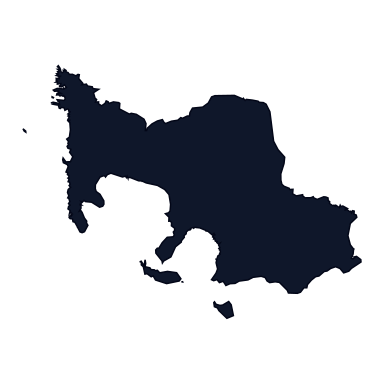 Batangas, Batangas, Philippines (Mercator projection)
{"feature_id": "2640588B63294043497895", "entity_name": "Batangas", "entity_type": "district", "adm_level": 2, "iso_a3": "PHL", "parent_name": "Philippines", "parent_adm1": "Batangas", "projection": "mercator", "projection_center": [120.815, 13.883], "detail": "fine", "context": "isolated", "style": "filled", "palette": "ink", "viewbox_px": 384, "rotation_deg": 0, "n_neighbors": 0, "source": "geoboundaries", "source_scale": "gbopen_adm2", "svg_char_len": 5831}
<svg xmlns="http://www.w3.org/2000/svg" viewBox="0 0 384 384"><path d="M68.1,72.6L66.0,71.9L66.1,70.5L64.6,69.5L64.9,70.5L63.3,70.3L63.7,71.7L62.2,72.7L60.9,71.7L60.4,69.2L57.6,69.3L59.0,70.4L58.7,71.7L57.7,71.7L58.6,73.0L56.7,73.7L57.9,74.5L56.3,75.5L60.0,76.2L58.6,77.0L59.4,77.5L59.2,78.8L56.2,78.4L56.5,80.1L55.6,80.3L57.0,80.4L57.1,81.2L55.9,82.1L57.4,82.0L57.3,84.1L60.9,83.6L60.7,85.5L58.9,86.1L59.9,86.1L59.7,86.7L61.9,86.9L64.4,84.8L66.4,87.5L64.3,88.7L63.8,88.1L63.7,89.0L57.2,88.4L53.3,90.1L54.5,91.3L58.5,91.0L58.1,91.9L60.6,93.2L57.0,93.5L56.6,95.0L58.5,94.8L60.0,96.0L61.3,95.4L63.0,96.2L63.2,95.5L63.4,95.5L64.7,96.6L65.2,99.1L64.1,100.4L57.1,99.7L58.0,101.3L59.3,101.6L59.4,103.5L53.1,102.2L50.9,103.0L53.8,102.9L54.5,103.9L53.4,104.3L57.1,105.0L60.4,104.5L58.3,105.3L59.3,108.3L60.5,108.5L61.2,107.4L64.1,107.8L64.9,110.3L67.6,108.9L68.7,109.6L68.6,111.0L70.0,111.9L67.9,114.0L69.3,114.6L68.0,116.0L69.4,116.6L67.6,120.2L68.4,121.3L68.9,120.4L69.5,120.4L68.6,121.5L69.8,122.3L70.4,129.8L69.4,137.1L66.7,139.1L68.5,141.6L67.9,143.5L68.6,144.6L67.1,146.3L67.9,148.2L70.9,149.3L69.6,152.3L72.8,156.7L70.4,161.7L65.9,161.9L63.1,158.0L62.7,159.8L63.4,162.7L67.3,164.6L68.2,166.7L66.0,172.0L67.7,172.7L67.4,174.6L68.9,175.7L68.8,177.5L67.9,178.1L69.1,179.0L68.1,181.7L69.5,182.2L70.1,184.2L69.1,185.6L70.6,187.2L68.2,189.5L67.5,192.4L68.8,195.8L67.7,197.9L68.8,198.4L69.8,201.6L68.5,203.7L70.0,205.1L68.6,206.4L68.0,208.9L70.1,210.5L69.4,213.9L71.0,212.5L72.4,214.0L71.0,214.9L71.7,215.5L71.0,216.2L69.4,215.9L69.1,217.5L70.2,218.7L72.5,218.9L73.0,221.7L74.9,222.3L77.6,227.2L77.0,227.7L77.7,227.4L80.0,231.9L82.1,232.7L84.5,231.7L87.9,225.3L86.5,223.0L86.7,221.1L84.4,218.0L82.1,212.4L80.6,210.3L79.5,210.9L81.0,208.2L80.9,205.3L79.4,204.4L81.3,204.8L80.4,204.0L82.0,202.5L81.1,201.5L82.7,201.8L84.0,200.4L85.4,201.6L91.6,202.2L99.6,207.2L102.7,206.2L103.9,204.2L103.8,200.8L100.0,194.3L96.2,191.5L95.3,188.7L95.4,184.6L100.0,177.1L103.3,175.8L105.0,176.1L104.8,176.1L105.2,176.4L105.5,177.0L107.4,174.6L110.9,173.2L122.5,177.0L125.4,176.2L126.4,177.6L127.1,176.1L128.0,178.3L128.1,177.5L130.2,177.5L138.6,180.8L142.0,180.9L142.2,182.0L142.2,181.1L146.1,182.9L157.5,185.4L164.7,189.5L169.0,194.6L170.6,204.4L170.1,210.8L168.6,212.8L165.4,213.7L169.0,217.2L168.8,221.2L170.1,221.1L171.6,222.5L171.4,225.8L174.6,228.2L174.6,230.5L173.3,232.0L174.3,235.1L173.1,236.8L167.2,237.3L162.2,242.7L158.9,248.2L157.3,248.2L155.7,250.0L155.9,253.2L162.0,260.9L162.4,263.0L163.7,261.0L170.9,256.9L175.5,246.8L181.3,242.1L181.4,240.8L184.3,237.3L184.0,235.6L186.1,233.9L186.4,231.8L188.5,230.0L189.9,230.0L190.2,229.0L191.2,229.6L190.6,228.9L191.4,227.9L193.4,227.6L193.7,228.2L194.8,227.3L196.8,227.5L197.0,228.2L197.0,227.6L199.8,227.9L205.4,230.2L206.3,230.8L205.5,231.5L206.3,230.8L208.1,231.4L212.2,234.9L214.0,233.3L214.9,234.9L213.4,235.6L214.0,236.6L213.3,235.7L212.6,236.9L214.0,237.8L213.7,238.9L214.7,238.5L215.3,241.1L217.3,241.6L216.8,242.5L218.4,243.9L219.9,243.2L218.6,245.0L219.9,247.7L218.8,248.4L219.7,249.6L219.4,250.7L219.7,249.6L220.2,250.1L220.4,252.3L219.6,253.4L220.1,254.2L217.8,256.0L216.8,259.4L216.1,259.2L216.1,259.3L216.8,259.4L216.1,262.7L217.6,269.0L216.0,273.2L211.5,279.7L213.7,280.7L217.0,279.6L219.4,282.6L223.2,281.3L225.9,285.5L230.0,283.7L235.1,283.4L239.1,281.1L248.0,279.9L253.1,277.3L261.2,276.3L265.1,277.5L267.1,281.0L269.7,282.6L275.2,281.8L279.4,282.4L287.3,290.3L288.4,293.0L297.4,293.3L300.5,292.2L303.9,287.8L306.8,287.8L307.5,284.6L311.4,280.1L315.6,276.7L319.0,276.0L324.2,271.5L327.1,271.0L330.6,268.5L335.6,266.7L340.0,268.5L343.7,272.9L348.8,271.2L351.4,268.4L361.0,262.0L360.8,259.6L356.5,256.4L353.9,257.0L354.6,257.8L352.9,258.9L351.4,258.3L353.1,254.0L353.6,249.1L354.5,248.8L353.5,249.0L350.3,244.8L347.9,235.7L350.3,223.5L356.8,217.3L356.2,215.0L354.0,214.1L354.2,211.1L352.7,210.7L351.5,212.9L350.8,211.2L349.3,211.5L346.9,209.4L345.2,210.0L345.3,208.9L347.2,208.4L342.8,206.0L341.0,206.6L340.2,205.2L339.3,207.6L335.8,205.2L335.2,206.2L334.1,205.2L332.5,205.6L329.5,203.5L329.7,201.7L328.2,200.5L328.0,197.9L325.8,197.0L323.7,196.8L317.2,199.4L314.0,198.0L313.2,196.7L311.0,197.7L305.1,197.8L302.9,196.1L302.6,194.7L296.4,195.9L292.6,193.8L293.0,189.3L289.6,189.5L289.2,188.3L284.1,186.3L281.9,184.3L280.9,180.2L280.8,173.9L284.0,163.6L284.7,157.2L278.0,149.6L273.6,141.2L269.9,111.8L266.1,104.2L263.4,102.6L259.2,102.3L258.1,101.2L252.4,100.1L246.3,99.4L245.1,100.5L243.4,98.4L243.1,99.1L234.4,95.4L214.9,95.7L211.6,96.9L208.3,103.0L202.7,107.1L192.5,108.1L190.0,112.5L189.4,116.0L187.3,116.0L182.5,118.3L180.8,117.6L177.8,120.2L171.4,121.2L165.7,123.5L164.1,122.6L162.4,119.6L157.3,121.0L152.0,123.9L147.3,128.2L146.6,130.6L145.3,130.6L146.0,123.6L144.0,119.2L136.3,114.3L131.2,113.3L129.4,114.1L119.4,108.9L119.8,103.4L118.7,102.6L113.4,101.9L109.1,103.4L108.1,101.7L106.2,100.9L105.1,103.3L101.6,105.8L98.5,103.8L98.6,101.9L95.5,102.1L96.6,99.5L95.0,98.1L93.5,92.7L98.7,89.3L92.9,88.6L92.3,86.8L87.6,86.0L86.4,84.1L81.8,84.8L82.8,83.3L78.7,78.5L79.3,74.7L78.0,74.4L75.9,75.8L72.4,74.3L69.4,74.4L68.1,72.6ZM141.2,261.2L139.7,261.8L141.4,262.0L141.3,264.9L143.3,266.7L144.9,274.1L147.1,273.7L151.2,276.8L153.2,275.9L155.5,280.0L166.6,283.6L179.2,281.0L180.9,278.8L176.6,272.7L167.5,271.4L159.7,272.8L157.4,270.3L155.3,270.7L154.3,269.8L151.0,269.6L149.9,267.8L144.6,266.6L141.2,261.2ZM231.2,304.8L228.7,301.5L222.6,305.1L220.0,305.4L216.1,304.3L214.5,301.8L213.8,302.6L214.4,306.7L217.4,307.9L218.9,310.6L226.9,318.3L233.4,315.6L231.2,304.8ZM145.1,259.8L144.4,263.8L145.2,266.0L145.7,263.5L145.1,259.8ZM23.0,128.8L24.2,131.1L25.8,132.2L25.7,131.1L23.0,128.8ZM58.3,65.7L57.4,66.7L60.0,68.7L59.9,68.0L58.3,65.7ZM52.1,96.8L52.1,97.5L53.3,97.9L53.5,97.5L52.1,96.8ZM182.6,281.7L181.4,281.8L182.7,282.0L182.6,281.7Z" fill="#0f172a" stroke="#020617" stroke-width="1.5"/></svg>